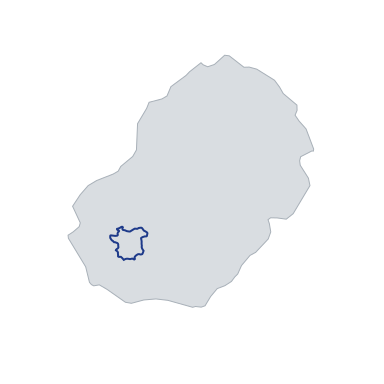 location of Radoviš within North Macedonia, rotated 145°
{"feature_id": "MKD-2905", "entity_name": "Radoviš", "entity_type": "Statistical Region", "adm_level": 1, "iso_a3": "MKD", "parent_name": "North Macedonia", "parent_adm1": "", "projection": "natural_earth1", "projection_center": [22.489, 41.639], "detail": "fine", "context": "in_parent", "style": "outline", "palette": "blue", "viewbox_px": 384, "rotation_deg": 145, "n_neighbors": 0, "source": "natural_earth", "source_scale": "10m", "svg_char_len": 2801}
<svg xmlns="http://www.w3.org/2000/svg" viewBox="0 0 384 384"><g transform="rotate(145 192 192)"><path d="M174.9,106.1L180.8,106.8L193.6,103.4L201.6,98.6L205.6,97.9L211.0,96.1L218.8,96.4L226.7,98.4L236.7,95.7L246.6,91.3L250.5,92.4L254.8,96.2L257.6,97.2L273.9,117.1L282.9,125.1L293.4,131.2L305.5,135.6L309.8,139.9L317.5,161.1L321.2,169.1L326.3,171.5L327.5,173.8L327.8,176.8L322.0,191.7L319.8,225.0L318.3,227.7L312.3,227.5L304.3,228.3L301.2,230.8L298.0,248.8L285.1,253.9L273.4,256.8L263.6,256.1L246.2,251.9L240.5,251.4L235.7,253.8L220.2,255.1L213.4,258.3L197.4,279.2L181.2,286.5L175.7,290.1L163.3,285.5L157.4,285.0L148.8,290.4L130.0,290.9L125.0,291.9L110.5,292.7L109.9,289.8L107.3,285.6L100.5,283.6L86.8,285.3L83.4,282.2L77.9,264.4L73.5,261.5L68.5,255.5L60.3,236.2L60.1,227.7L60.8,220.3L56.2,203.0L59.1,198.6L63.5,195.8L63.6,188.8L62.4,178.2L67.7,157.4L69.1,155.9L70.4,156.9L82.7,158.6L85.9,155.9L88.0,151.8L88.7,136.6L91.7,129.6L121.6,116.2L130.4,115.7L137.1,121.9L142.4,125.8L145.6,125.7L146.8,121.7L150.4,114.1L156.5,109.8L174.7,106.0L174.9,106.1Z" fill="#d9dde1" stroke="#a8b0b8" stroke-width="1"/><path d="M263.6,177.4L264.0,176.6L264.8,175.8L265.2,174.7L265.4,173.4L265.4,171.6L266.5,170.8L267.7,170.0L268.4,169.7L268.5,169.7L269.4,170.0L270.2,170.5L270.9,171.4L271.3,171.7L272.3,172.1L273.5,172.1L274.6,172.1L276.1,171.7L276.7,171.2L276.9,170.5L277.2,169.9L277.6,169.8L277.9,169.8L278.3,170.2L278.6,170.8L278.9,171.5L279.5,171.9L280.4,172.2L281.3,172.6L282.0,173.3L282.7,174.0L283.8,174.8L285.2,175.4L286.0,175.4L286.8,175.5L286.9,176.5L287.0,177.8L287.4,179.6L288.1,180.2L288.9,180.6L289.4,181.2L289.4,181.9L288.8,182.6L287.9,184.2L287.3,185.0L287.2,185.9L287.4,187.0L287.8,187.9L287.5,188.2L286.4,188.4L285.1,188.4L284.4,188.6L284.0,188.9L283.2,190.4L282.6,191.2L282.3,192.1L282.4,192.9L283.0,193.8L283.9,195.1L284.6,195.5L284.8,196.4L284.9,197.4L285.3,198.1L285.4,199.0L285.4,200.0L285.3,201.3L284.7,202.2L284.3,202.8L283.9,203.1L283.3,203.0L282.2,202.0L281.2,201.1L280.1,200.1L278.5,199.2L277.9,199.2L277.4,199.4L276.8,200.7L275.8,201.4L275.1,201.6L274.5,201.6L274.1,201.9L274.1,202.4L274.3,202.7L274.6,203.3L274.8,203.8L274.8,204.5L274.5,204.8L273.8,204.5L271.8,204.0L270.5,204.0L269.5,203.8L268.9,203.3L269.0,202.6L269.5,202.4L270.0,202.0L270.3,201.4L270.3,200.6L269.8,200.0L268.8,199.0L267.9,197.4L266.4,195.9L265.5,195.2L264.0,195.1L261.9,195.0L260.7,194.9L259.9,194.8L259.0,194.1L258.1,193.3L257.1,193.1L256.4,193.1L255.4,192.6L255.0,192.5L254.1,191.9L253.6,191.0L253.6,190.0L253.6,188.6L253.4,187.5L253.0,187.0L252.3,185.4L252.0,184.4L252.3,183.6L253.3,182.7L254.1,181.9L254.7,181.8L255.6,182.3L256.1,182.7L257.1,183.0L258.3,183.4L259.4,183.5L260.2,183.4L260.7,182.4L261.0,181.6L261.8,180.1L262.8,178.8L263.4,177.8L263.6,177.4Z" fill="none" stroke="#1e3a8a" stroke-width="2"/></g></svg>